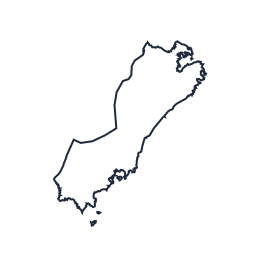 the district of Zambales, Zambales, Philippines, rotated 233°
{"feature_id": "2640588B17055181338626", "entity_name": "Zambales", "entity_type": "district", "adm_level": 2, "iso_a3": "PHL", "parent_name": "Philippines", "parent_adm1": "Zambales", "projection": "mercator", "projection_center": [120.051, 15.306], "detail": "fine", "context": "isolated", "style": "outline", "palette": "slate", "viewbox_px": 256, "rotation_deg": 233, "n_neighbors": 0, "source": "geoboundaries", "source_scale": "gbopen_adm2", "svg_char_len": 5799}
<svg xmlns="http://www.w3.org/2000/svg" viewBox="0 0 256 256"><g transform="rotate(233 128 128)"><path d="M184.3,194.7L184.4,193.5L182.0,187.9L180.1,187.6L179.6,187.0L180.2,186.5L178.1,185.3L178.1,184.5L177.4,183.8L177.8,173.9L175.2,168.3L168.2,162.4L166.7,157.8L168.6,152.2L163.4,140.4L154.4,131.0L134.8,118.5L136.0,105.2L138.8,91.7L144.5,81.3L151.3,77.6L142.7,62.1L141.4,60.7L138.3,55.4L136.9,53.7L133.9,47.8L132.9,44.5L132.4,39.7L131.9,38.4L130.6,37.7L128.3,37.9L127.6,37.4L126.7,37.9L126.0,37.4L124.8,38.4L124.2,38.2L124.1,37.3L122.2,37.3L122.4,36.7L121.6,36.3L120.1,36.2L120.0,36.8L119.3,35.3L118.5,35.2L118.3,35.8L117.8,35.0L117.4,35.0L117.3,33.9L116.5,34.1L115.7,33.0L115.0,33.4L115.3,32.3L113.9,31.2L113.8,29.9L113.3,29.6L110.8,29.8L110.2,30.2L110.0,32.2L108.5,33.3L108.3,34.4L109.4,34.7L109.6,35.3L108.0,35.4L108.0,36.2L107.2,36.3L107.9,37.6L107.7,38.3L106.9,39.2L105.4,39.3L104.2,41.2L102.7,41.6L101.2,40.9L100.2,41.4L99.4,40.6L98.7,41.4L97.6,41.7L96.8,40.3L94.9,41.2L94.9,39.9L94.5,39.7L93.3,41.0L92.3,40.8L91.0,41.3L88.1,40.5L89.2,42.0L90.5,47.5L91.4,47.8L91.7,49.4L92.4,49.6L92.0,49.8L91.9,50.7L91.2,51.4L91.3,51.8L90.8,51.2L89.9,51.5L89.6,51.0L88.9,51.1L87.3,52.2L85.8,52.5L85.4,54.0L86.2,55.4L87.3,55.7L88.5,56.8L89.5,58.6L89.0,57.3L89.2,57.2L90.0,58.7L89.4,58.7L90.5,59.7L91.1,59.7L92.0,58.8L93.3,58.7L96.1,61.1L96.5,62.0L96.1,61.9L96.3,63.1L95.7,64.3L95.8,65.7L95.5,66.4L94.7,66.7L94.3,67.7L94.7,69.3L94.5,70.3L92.7,73.2L91.1,73.4L92.3,75.5L92.5,77.5L93.7,77.4L93.3,77.9L92.7,77.8L93.6,80.9L92.9,82.8L93.2,83.4L94.0,83.7L93.3,84.1L94.5,83.7L95.4,84.9L94.5,83.7L94.8,82.9L95.3,83.2L94.8,82.8L95.0,82.2L97.7,81.6L99.0,82.2L98.9,83.8L98.1,84.4L97.2,84.4L96.7,85.0L97.9,85.6L97.9,85.9L97.2,86.4L97.3,86.5L98.1,86.3L98.7,87.2L99.0,86.8L99.1,87.3L98.3,87.8L98.0,88.8L98.4,88.5L99.0,89.0L99.5,90.2L100.4,90.9L101.8,91.0L101.6,91.9L100.6,91.6L100.7,92.1L101.8,92.7L102.0,93.4L101.6,93.7L101.2,93.1L100.4,93.1L100.8,93.8L99.9,93.7L99.8,94.1L98.3,94.9L98.1,95.6L98.7,96.1L98.4,97.2L98.6,97.3L97.6,98.4L95.2,98.9L93.9,98.7L91.7,97.1L91.5,95.7L91.0,95.9L91.2,97.0L90.5,98.4L90.8,99.7L91.9,102.1L92.8,102.3L93.0,103.1L93.6,103.5L93.1,103.4L92.8,104.4L91.0,105.3L90.0,104.8L89.9,105.9L89.3,105.9L88.8,106.5L89.2,107.3L89.9,107.4L90.3,108.2L91.4,107.9L91.2,108.3L92.0,109.1L90.9,110.6L91.2,111.5L93.4,112.2L93.9,113.2L96.7,115.4L98.2,117.3L98.9,117.6L99.3,119.6L100.6,120.0L101.4,120.7L101.8,121.7L101.2,123.1L101.2,124.5L105.2,128.9L109.8,135.1L109.9,135.8L109.3,136.5L109.6,136.6L109.6,137.8L109.0,140.7L112.2,148.4L115.5,162.2L115.5,163.8L115.1,164.0L115.7,164.1L117.1,169.9L117.0,172.1L116.2,174.8L117.7,177.5L118.1,180.1L117.9,183.5L116.6,191.9L117.6,195.3L117.4,195.9L116.9,195.9L117.0,198.9L116.5,199.3L115.9,199.1L116.4,199.9L116.1,200.7L116.8,201.0L116.9,202.0L118.1,201.6L119.0,202.1L118.5,203.3L117.9,203.5L118.1,204.2L118.6,204.1L119.7,205.0L118.9,206.5L119.5,206.6L120.4,205.8L121.2,206.4L121.0,208.5L120.4,209.5L121.0,210.9L120.3,212.6L120.6,213.2L122.9,211.8L125.0,212.0L125.5,212.7L124.3,214.4L122.7,214.8L121.7,215.7L121.8,216.8L121.2,217.4L121.2,218.2L122.0,218.6L122.2,219.1L122.7,218.7L123.3,219.0L124.0,218.7L124.8,218.7L125.0,219.2L126.3,218.4L127.4,218.6L128.3,219.7L129.1,219.9L129.5,221.1L129.2,222.0L128.6,221.8L127.6,222.3L127.0,222.1L127.1,222.9L127.9,222.8L128.9,223.8L130.4,224.0L132.0,223.3L133.2,224.9L133.7,226.4L135.5,224.7L136.9,225.9L137.1,225.3L137.9,225.1L137.9,224.6L138.9,224.3L139.5,223.3L139.3,222.5L140.7,220.0L140.6,218.7L141.1,216.2L142.0,215.0L142.0,214.4L143.2,214.1L142.7,212.3L142.0,212.3L142.8,212.0L143.1,211.0L142.8,210.9L142.7,210.4L142.7,207.6L141.2,205.2L141.8,204.0L141.6,203.1L143.2,202.4L143.6,202.7L144.4,202.3L144.5,202.8L144.5,202.2L145.1,202.7L145.5,202.1L145.4,202.5L146.3,202.8L146.5,204.9L147.9,205.5L147.6,206.4L148.0,207.2L149.9,207.5L150.1,207.0L150.8,207.0L151.8,207.5L151.7,208.6L152.1,209.4L151.7,210.3L151.9,211.7L152.4,211.2L152.2,212.0L155.3,213.5L155.5,213.0L155.1,213.0L155.1,212.5L155.3,212.6L155.6,212.5L155.1,212.3L155.7,212.2L154.9,212.1L155.1,211.8L155.3,211.7L155.4,212.0L155.4,211.7L155.5,212.0L155.5,211.6L155.6,212.0L155.5,211.6L155.9,211.6L156.2,212.8L156.5,212.4L156.5,212.9L157.0,212.8L156.8,213.8L156.4,213.8L156.7,214.1L156.4,215.2L156.9,215.3L156.4,215.3L156.5,215.6L155.3,216.8L154.7,215.6L152.4,216.0L151.2,214.8L150.7,215.4L151.5,216.1L151.5,216.5L150.2,217.1L150.4,217.7L152.5,218.5L153.7,218.6L154.2,219.2L153.2,220.1L151.6,219.9L152.0,220.3L151.7,220.7L150.7,220.6L150.4,220.2L150.0,220.9L151.1,221.5L150.3,221.8L149.1,221.7L147.6,222.4L148.9,223.6L148.4,224.3L148.8,224.6L149.6,224.4L151.4,225.5L153.6,225.3L153.7,226.3L154.0,226.2L155.8,224.7L154.5,224.5L154.1,223.9L154.4,223.5L155.5,223.5L156.8,224.4L158.3,224.2L160.7,223.1L162.6,221.3L167.5,219.6L167.8,217.3L166.8,216.2L166.3,216.2L166.6,215.7L166.1,214.5L165.1,215.0L164.2,214.8L164.3,213.4L163.9,213.5L163.7,212.8L164.8,212.8L164.6,212.2L165.0,211.9L165.0,211.3L164.5,211.0L164.5,209.8L163.9,209.4L163.8,208.4L163.4,208.3L163.9,207.1L164.6,206.8L163.9,206.3L164.2,205.8L168.0,203.7L172.1,202.7L174.0,201.1L175.2,200.9L175.4,198.5L176.0,198.4L177.9,195.9L179.7,196.3L181.4,194.9L182.8,195.4L183.3,195.1L184.6,195.3L184.3,194.7ZM71.8,40.4L71.4,41.4L71.9,43.5L71.9,45.2L72.9,46.3L73.9,45.3L74.1,41.9L74.7,41.7L71.8,40.4ZM94.6,89.4L92.3,90.0L91.3,89.7L91.1,91.1L91.7,93.1L93.0,93.1L93.9,92.5L94.1,92.1L93.8,91.2L95.7,90.3L94.6,89.4ZM78.3,52.5L77.2,53.2L77.2,54.8L78.7,54.0L79.3,52.8L78.3,52.5ZM124.4,221.1L123.9,222.2L124.5,223.1L126.3,221.9L124.4,221.1ZM90.3,95.2L89.3,94.9L89.0,95.3L89.2,96.1L90.5,95.6L90.3,95.2ZM144.6,219.9L144.6,221.2L145.7,220.9L145.6,220.2L144.6,219.9ZM146.1,206.0L145.7,206.4L145.8,206.8L146.2,206.9L146.1,206.0ZM127.0,222.4L126.3,222.1L126.3,222.3L127.0,222.4Z" fill="none" stroke="#1e293b" stroke-width="2"/></g></svg>